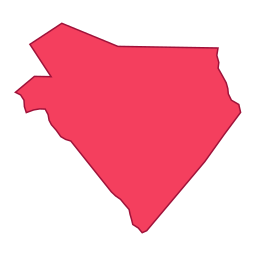 outline of Alagoinha, Paraíba, Brazil
{"feature_id": "56859067B68109418680898", "entity_name": "Alagoinha", "entity_type": "district", "adm_level": 2, "iso_a3": "BRA", "parent_name": "Brazil", "parent_adm1": "Paraíba", "projection": "mercator", "projection_center": [-35.53, -6.971], "detail": "fine", "context": "isolated", "style": "filled", "palette": "rose", "viewbox_px": 256, "rotation_deg": 0, "n_neighbors": 0, "source": "geoboundaries", "source_scale": "gbopen_adm2", "svg_char_len": 638}
<svg xmlns="http://www.w3.org/2000/svg" viewBox="0 0 256 256"><path d="M146.7,230.7L204.8,161.6L224.3,134.3L240.6,112.4L238.8,104.5L231.4,100.2L228.3,93.9L227.8,88.6L226.2,82.8L222.6,76.2L218.1,68.2L218.8,62.5L216.8,55.4L218.0,48.0L117.9,46.4L61.8,23.3L29.9,44.3L51.1,76.7L34.4,76.4L15.4,92.3L20.6,94.9L24.0,100.2L24.4,106.7L26.3,112.6L33.7,109.9L39.6,108.9L45.2,109.1L48.1,114.6L49.1,120.3L51.4,124.7L56.3,130.3L60.8,136.6L65.6,139.4L70.8,141.0L111.4,191.9L115.6,195.9L120.5,199.3L124.6,204.3L129.1,209.5L130.1,214.4L131.5,219.3L132.8,224.5L138.3,228.0L142.2,232.7L146.7,230.7Z" fill="#f43f5e" stroke="#9f1239" stroke-width="1.5"/></svg>